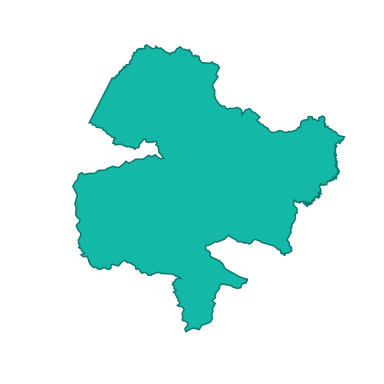 the district of Atalaya, Ucayali, Peru, rotated 297°
{"feature_id": "86281439B8185732836313", "entity_name": "Atalaya", "entity_type": "district", "adm_level": 2, "iso_a3": "PER", "parent_name": "Peru", "parent_adm1": "Ucayali", "projection": "natural_earth1", "projection_center": [-73.051, -10.43], "detail": "fine", "context": "isolated", "style": "filled", "palette": "teal", "viewbox_px": 384, "rotation_deg": 297, "n_neighbors": 0, "source": "geoboundaries", "source_scale": "gbopen_adm2", "svg_char_len": 6023}
<svg xmlns="http://www.w3.org/2000/svg" viewBox="0 0 384 384"><g transform="rotate(297 192 192)"><path d="M312.9,140.0L313.3,138.3L315.2,137.5L316.1,136.0L314.8,134.5L315.5,133.1L313.6,131.7L314.5,129.1L316.0,128.7L316.3,126.6L317.6,124.9L316.3,124.6L315.6,120.2L314.8,119.6L316.0,115.6L312.3,113.3L309.4,113.3L306.2,110.0L304.4,110.0L305.2,107.9L304.8,105.3L306.2,98.8L304.7,97.3L305.4,93.7L303.8,94.3L301.8,92.1L302.3,84.5L300.5,83.7L298.7,85.0L296.9,82.2L296.1,82.2L296.6,81.4L295.9,79.9L293.6,78.4L291.5,78.7L289.4,76.9L287.4,77.9L285.9,76.9L284.5,78.4L279.7,77.3L277.8,78.6L275.4,75.7L273.9,75.5L273.4,76.4L272.7,74.8L271.8,75.3L271.8,74.3L271.1,74.8L268.3,73.5L267.3,74.1L266.5,72.7L264.9,72.7L263.7,73.9L262.4,72.2L261.4,72.4L260.8,71.6L259.5,72.3L259.1,71.1L257.8,71.2L257.3,69.1L207.0,69.0L208.0,70.8L206.6,73.0L207.8,75.2L206.3,77.4L208.2,82.9L206.8,85.2L207.1,87.9L205.7,88.9L205.3,93.9L204.5,95.7L205.5,98.1L205.1,99.4L203.4,98.5L199.5,99.5L200.1,101.3L199.1,101.9L202.6,107.5L202.2,109.8L203.1,114.4L204.1,115.3L204.0,117.6L205.3,119.2L204.2,120.4L204.2,121.7L206.1,122.4L207.3,124.4L210.8,123.6L217.4,125.2L217.8,126.8L216.0,128.3L216.3,130.4L218.2,132.9L218.1,133.8L220.9,136.6L219.6,138.7L217.6,138.5L217.2,141.4L212.1,144.7L211.8,146.7L209.2,151.4L207.6,149.6L207.4,145.8L208.4,142.3L205.2,140.1L204.9,136.7L200.0,134.3L198.5,132.6L195.8,127.1L189.4,123.3L189.2,118.9L186.7,118.5L180.2,115.4L179.1,110.0L174.1,105.6L172.2,105.0L168.8,98.8L164.5,97.0L161.4,91.0L158.8,88.4L159.1,85.0L156.2,83.0L150.7,84.5L148.5,83.4L143.0,83.2L137.0,91.3L128.2,93.1L125.5,96.0L118.9,98.6L116.8,102.2L117.2,104.5L113.3,105.3L110.6,104.1L109.1,104.4L106.8,107.3L104.7,111.7L101.6,112.7L97.7,112.5L94.2,114.7L93.4,116.7L91.2,116.1L90.8,119.2L89.5,120.5L88.9,123.9L85.6,121.7L85.0,124.5L86.8,127.5L85.2,130.4L83.3,131.6L81.3,134.5L80.0,138.3L81.3,141.1L80.6,143.2L82.1,146.2L83.6,146.3L84.9,148.9L84.9,152.1L86.0,153.7L87.2,154.4L89.7,153.2L91.4,153.7L92.7,160.0L98.6,161.4L100.2,162.6L100.5,164.1L99.7,166.4L100.6,167.9L100.5,173.6L99.8,175.7L97.9,176.9L98.1,178.0L99.5,178.9L96.8,184.0L99.0,186.3L98.8,189.6L97.9,190.4L99.3,193.4L100.7,193.7L100.8,194.6L101.8,194.8L105.6,199.1L105.2,200.9L110.2,212.4L109.7,215.6L110.4,219.9L109.8,221.1L109.6,219.4L106.5,217.0L104.1,217.3L103.0,216.2L100.3,216.7L100.5,218.8L97.9,219.7L97.3,222.3L94.4,221.0L94.3,222.7L91.2,226.5L91.3,227.7L89.2,228.7L87.8,231.2L86.8,231.8L84.3,230.4L84.2,232.4L85.3,235.3L84.0,238.3L79.4,238.3L75.7,241.1L74.1,241.0L73.1,242.1L73.9,243.4L73.6,247.5L71.6,248.7L67.3,247.7L65.1,249.3L65.1,250.6L65.8,250.4L71.4,254.9L72.7,260.9L77.5,261.1L82.7,266.1L85.5,267.7L88.8,267.5L91.4,265.3L95.0,264.9L97.6,263.1L103.1,263.4L104.4,259.2L108.0,260.7L109.3,260.6L109.9,259.5L113.5,259.2L117.8,260.3L120.6,259.5L123.4,259.8L126.4,269.2L125.9,272.0L126.7,276.0L128.9,279.0L132.8,278.2L135.5,281.4L138.4,281.3L139.5,280.7L138.6,278.5L138.1,272.8L138.5,258.3L139.1,255.7L142.4,251.4L142.1,250.2L143.5,247.5L142.7,246.2L143.2,243.6L142.6,241.1L143.4,236.7L146.2,236.0L147.1,233.6L146.8,230.7L149.0,229.1L150.9,228.7L152.0,231.1L158.6,235.6L158.7,237.0L164.6,242.3L169.7,243.9L169.3,252.9L168.5,255.4L169.9,257.8L170.5,262.6L171.8,263.5L171.6,266.6L173.6,267.9L177.8,268.7L179.0,271.6L178.7,272.8L179.5,275.2L178.6,276.4L181.2,289.5L179.8,295.2L180.3,297.2L177.7,299.3L178.2,300.2L177.6,303.2L178.2,303.6L179.4,302.4L181.2,305.3L184.8,307.6L187.8,305.7L188.6,303.2L191.3,301.2L192.4,298.4L201.3,298.6L203.3,297.0L205.8,297.0L206.5,295.9L207.8,296.3L208.7,295.4L210.4,296.3L214.2,296.4L219.3,293.9L221.1,295.2L225.2,292.8L226.2,288.8L230.2,286.5L231.4,287.1L230.4,288.0L231.2,293.0L232.4,292.7L232.4,293.8L233.5,294.1L234.5,296.0L232.7,296.3L232.5,297.7L234.9,298.0L234.0,299.8L233.6,298.3L232.0,298.8L232.9,300.1L231.5,300.7L231.8,301.3L233.1,300.8L233.6,301.9L235.7,300.4L236.1,301.2L234.7,302.4L234.8,303.2L236.0,303.8L235.5,302.9L236.2,302.4L238.8,304.1L239.2,302.3L239.5,303.9L240.7,303.8L240.6,304.9L242.4,303.8L243.1,305.0L244.0,304.8L244.0,306.0L245.1,306.1L244.2,307.6L246.2,307.9L246.2,306.8L246.9,306.2L247.2,306.8L248.0,306.4L248.6,307.4L248.9,304.9L249.7,305.4L249.1,307.3L252.4,305.8L255.0,302.8L256.5,303.2L257.1,304.6L257.1,303.2L257.7,302.8L258.2,303.4L257.4,304.3L257.9,306.6L259.1,306.8L259.7,308.7L262.5,307.5L262.7,308.6L264.1,309.0L264.6,310.7L265.8,309.8L266.0,311.1L267.5,311.3L266.8,312.3L268.5,312.7L268.4,314.0L269.2,311.4L270.2,313.1L269.9,314.1L271.3,312.9L271.2,313.9L274.1,313.1L274.8,315.0L274.6,313.6L275.9,313.4L276.2,312.2L276.1,313.8L277.0,313.9L277.2,312.9L278.0,312.9L277.8,311.3L278.4,312.2L278.9,311.7L278.7,310.6L279.5,310.3L279.8,308.6L280.4,309.7L281.5,309.0L281.0,308.4L281.6,307.7L282.3,308.3L282.8,307.4L283.3,308.1L284.1,307.2L285.0,307.5L284.9,305.7L285.7,306.2L286.3,305.1L287.4,305.4L287.6,303.8L288.8,303.3L289.7,304.0L290.1,302.3L290.4,303.1L290.7,302.2L291.4,302.9L292.0,301.2L294.1,301.2L295.3,299.8L296.4,300.0L296.4,299.2L298.0,299.1L298.0,300.1L298.9,299.7L299.6,298.0L302.1,299.1L302.5,301.9L304.4,301.6L305.1,300.7L306.0,302.7L310.3,302.8L308.8,296.7L310.8,292.8L310.2,289.8L311.1,288.4L310.8,284.8L312.2,283.2L310.1,281.7L311.4,279.8L312.0,280.6L312.4,279.7L313.2,280.1L314.2,278.0L317.5,277.2L318.9,275.6L318.9,273.8L315.8,271.3L313.0,272.6L312.5,272.0L312.6,267.8L311.5,266.9L313.5,264.8L312.3,261.9L311.4,261.4L309.1,262.4L306.7,258.9L304.4,257.4L298.8,258.8L297.2,257.1L295.6,257.2L294.2,256.3L290.3,252.7L290.0,250.7L288.1,249.5L287.0,247.1L287.1,244.2L286.2,241.8L282.6,238.8L281.3,235.8L281.6,232.8L283.2,230.7L283.2,226.6L283.9,225.5L284.0,221.7L285.3,217.2L289.5,218.5L291.3,211.9L290.9,209.5L292.3,206.2L292.1,205.0L289.1,202.4L283.4,201.5L287.2,199.2L288.1,197.1L287.7,193.7L284.8,190.4L283.8,187.6L282.1,185.8L282.0,184.3L283.3,182.0L282.0,180.0L282.6,176.3L285.5,170.9L288.2,168.3L293.4,165.8L293.8,164.3L296.9,161.6L306.5,162.9L307.8,159.8L315.4,159.9L316.8,156.9L316.4,152.0L317.0,151.0L314.7,149.3L312.0,142.7L312.0,140.9L312.9,140.0Z" fill="#14b8a6" stroke="#0f766e" stroke-width="1.5"/></g></svg>